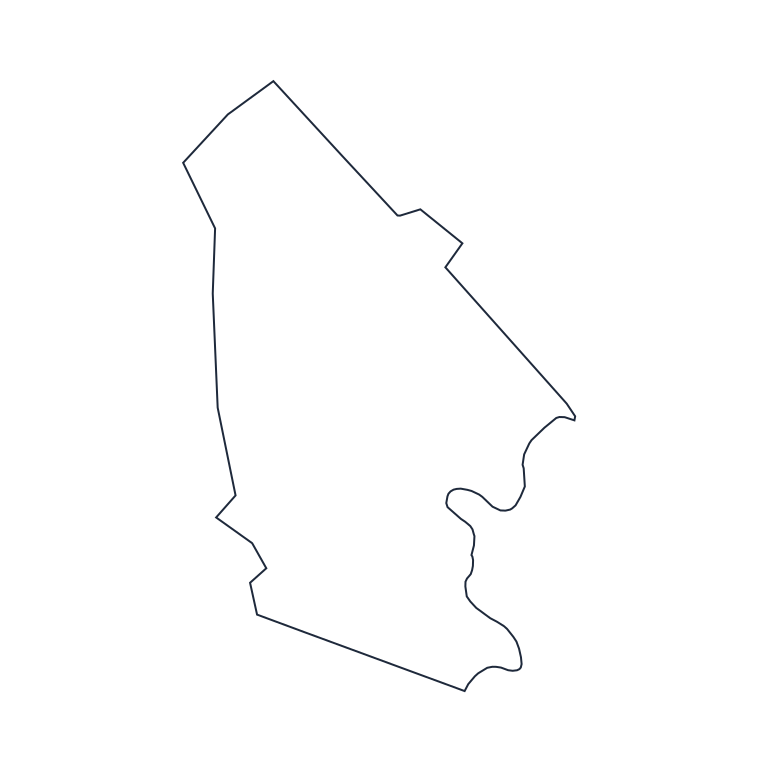 outline of Jackson, West Virginia, United States of America, rotated 172°
{"feature_id": "52423323B94363624376264", "entity_name": "Jackson", "entity_type": "district", "adm_level": 2, "iso_a3": "USA", "parent_name": "United States of America", "parent_adm1": "West Virginia", "projection": "orthographic", "projection_center": [-81.764, 38.825], "detail": "fine", "context": "isolated", "style": "outline", "palette": "slate", "viewbox_px": 768, "rotation_deg": 172, "n_neighbors": 0, "source": "geoboundaries", "source_scale": "gbopen_adm2", "svg_char_len": 1279}
<svg xmlns="http://www.w3.org/2000/svg" viewBox="0 0 768 768"><g transform="rotate(172 384 384)"><path d="M323.7,551.9L344.7,548.5L347.2,549.0L393.4,615.3L451.4,699.3L501.1,672.7L552.1,631.0L529.6,561.6L541.0,497.4L552.0,383.7L546.5,294.3L568.8,275.2L536.7,244.7L526.2,217.9L544.3,205.8L541.8,173.3L497.1,149.2L346.9,68.7L342.3,75.1L334.7,81.9L331.0,84.4L321.3,88.6L316.0,88.9L312.3,88.3L307.6,86.9L300.9,83.3L296.5,82.1L292.1,82.0L289.6,82.8L288.0,84.2L286.7,87.5L286.4,94.3L287.1,103.1L288.7,110.5L291.1,115.6L296.2,124.3L298.9,127.5L305.3,132.9L311.4,137.3L323.8,149.4L328.8,156.6L331.6,162.1L331.6,172.2L330.8,176.9L328.9,179.8L324.6,183.6L322.7,187.3L321.3,191.4L320.3,197.2L320.5,200.8L321.2,202.4L317.4,211.6L315.6,220.8L315.9,222.3L316.6,227.7L318.3,231.3L322.8,236.3L326.6,239.7L338.2,253.2L338.9,257.4L336.8,263.9L335.4,266.4L333.0,268.4L329.8,269.7L326.6,270.0L322.6,269.7L316.2,267.6L312.2,265.9L305.2,261.3L302.4,258.6L293.6,247.4L286.3,242.6L281.3,241.7L276.5,242.1L274.4,243.0L270.6,245.5L264.6,253.2L258.8,262.9L257.4,281.1L258.0,284.7L255.0,294.8L248.4,304.9L245.7,307.9L231.2,318.4L218.1,326.4L214.9,326.9L209.7,326.0L200.5,321.5L199.2,325.4L205.8,339.1L270.8,436.7L307.0,491.0L286.8,512.4L323.7,551.9Z" fill="none" stroke="#1e293b" stroke-width="2"/></g></svg>